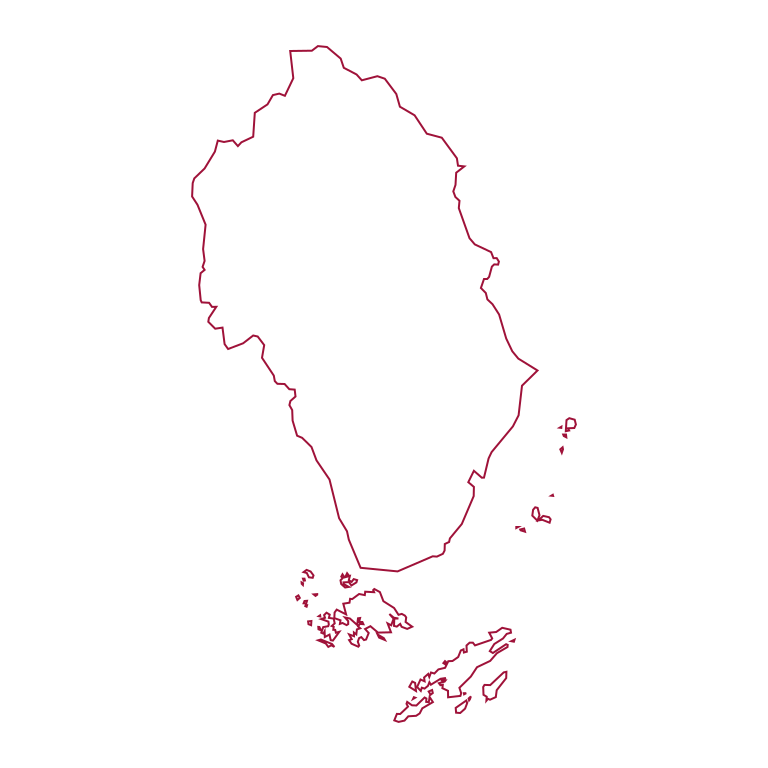 Dam Ha, Quảng Ninh, Vietnam
{"feature_id": "81297802B85934029741785", "entity_name": "Dam Ha", "entity_type": "district", "adm_level": 2, "iso_a3": "VNM", "parent_name": "Vietnam", "parent_adm1": "Quảng Ninh", "projection": "equal_earth", "projection_center": [107.58, 21.361], "detail": "fine", "context": "isolated", "style": "outline", "palette": "rose", "viewbox_px": 768, "rotation_deg": 0, "n_neighbors": 0, "source": "geoboundaries", "source_scale": "gbopen_adm2", "svg_char_len": 6136}
<svg xmlns="http://www.w3.org/2000/svg" viewBox="0 0 768 768"><path d="M194.3,178.4L192.7,183.1L192.1,196.5L197.5,204.8L205.6,224.7L203.1,249.1L204.6,260.9L202.6,266.9L204.6,269.9L200.6,273.2L199.2,285.1L200.7,300.2L201.7,302.4L209.1,302.8L212.0,306.9L216.3,306.8L208.9,318.0L208.3,321.8L215.2,328.7L222.5,327.6L224.6,344.1L228.1,349.0L243.1,343.3L253.2,335.5L257.7,336.5L264.2,345.1L262.0,357.8L273.8,375.6L274.8,381.1L277.4,383.8L284.6,384.0L289.3,389.2L294.7,389.6L295.5,396.5L290.4,401.0L289.4,405.1L292.2,410.1L292.6,420.6L297.1,435.7L302.1,437.8L311.5,447.0L316.5,460.4L329.5,479.5L339.1,518.2L347.0,531.3L348.8,539.6L360.6,567.8L397.6,571.4L432.7,556.3L436.9,556.6L442.9,553.8L444.6,550.5L444.8,544.0L449.1,542.0L449.9,538.4L461.8,524.0L473.7,496.1L473.9,486.9L468.3,482.2L473.9,470.8L481.8,477.7L484.0,477.6L488.6,458.4L491.6,452.1L512.9,426.4L518.6,415.3L522.0,385.7L537.5,370.5L518.3,358.6L512.3,351.3L506.2,338.5L499.1,314.5L492.5,304.2L487.4,299.4L485.8,293.0L480.9,288.0L484.0,279.0L487.2,279.0L489.1,276.9L491.9,266.6L494.2,264.4L498.1,264.6L498.9,261.6L496.7,258.1L493.5,258.2L491.1,252.1L474.8,244.4L469.5,238.2L458.8,208.1L459.5,200.8L455.4,197.0L453.3,191.4L455.5,184.9L456.2,172.7L464.3,166.4L458.0,165.7L456.9,158.3L441.8,137.7L426.8,133.7L414.6,115.3L399.9,106.7L396.3,94.0L384.8,78.7L377.4,76.2L361.8,80.3L356.6,74.5L343.8,67.8L340.7,58.6L327.0,47.0L317.9,46.1L311.9,50.7L290.2,51.0L293.3,78.2L284.9,95.8L279.3,93.6L272.9,95.1L267.5,104.4L254.8,112.8L253.2,136.7L241.4,142.3L237.9,146.1L232.8,140.3L224.0,142.0L217.8,140.6L214.9,151.6L204.6,168.5L194.3,178.4ZM379.9,592.1L374.3,589.0L373.2,590.1L374.1,592.2L365.2,591.7L364.8,595.1L359.1,594.0L352.2,599.1L350.1,598.8L349.5,602.7L343.3,603.7L346.1,614.4L336.7,609.6L334.6,612.5L334.3,618.1L340.5,620.3L339.9,623.9L342.5,623.0L346.6,625.1L348.2,624.1L348.2,621.1L345.0,617.5L349.9,618.5L357.2,625.0L358.0,618.3L360.1,618.0L359.1,622.0L362.4,622.0L363.4,624.2L359.8,623.9L358.1,626.5L360.2,628.3L356.9,629.4L356.3,634.4L353.9,632.5L354.0,636.2L349.1,634.4L351.7,639.2L349.1,640.1L351.5,643.7L358.3,646.7L359.2,645.6L357.8,641.7L359.1,638.1L361.3,637.1L364.0,640.1L366.1,639.5L368.7,633.0L365.1,629.0L370.4,626.2L378.0,632.6L391.0,632.3L387.6,623.4L391.2,625.3L393.6,618.7L389.4,614.0L393.8,617.7L398.4,618.5L394.3,618.6L394.0,625.9L396.8,626.6L400.2,623.9L401.6,626.8L407.2,628.9L412.2,626.7L405.6,622.0L406.2,617.4L404.9,615.6L401.8,613.9L398.5,614.8L394.1,608.0L383.4,601.2L379.9,592.1ZM511.0,632.7L510.5,629.7L502.2,627.8L496.2,632.0L489.2,632.7L492.2,638.4L491.1,639.9L475.0,645.4L472.9,642.7L469.6,642.7L466.5,645.5L466.8,651.7L463.9,652.5L463.5,649.3L460.8,650.5L458.2,657.0L452.5,661.0L448.3,661.2L445.1,667.8L438.4,669.4L434.4,673.5L431.0,672.5L429.3,677.0L428.2,673.9L424.1,677.5L424.6,681.3L420.5,679.5L417.1,687.0L420.8,690.9L421.8,687.7L424.6,688.6L428.0,685.8L429.4,682.2L430.9,684.7L440.5,678.8L445.9,678.0L440.8,680.3L445.6,680.3L444.6,681.6L438.9,683.2L440.4,685.2L442.8,684.8L442.4,688.2L448.0,690.8L448.1,697.3L460.4,695.9L461.2,693.2L459.4,687.8L470.8,676.6L477.0,667.2L490.2,660.9L496.9,653.2L507.5,647.0L507.7,644.9L506.1,644.2L492.9,653.0L489.8,651.1L494.3,644.0L503.0,638.5L506.7,633.9L511.0,632.7ZM432.9,702.1L429.6,697.0L428.8,702.2L426.2,701.9L426.4,698.5L424.6,697.5L416.4,705.5L412.0,705.3L407.2,701.9L406.5,703.8L408.0,706.6L400.2,714.0L396.9,713.9L394.3,720.4L398.6,721.9L404.5,720.6L408.3,716.3L416.1,715.8L419.7,713.4L422.3,708.3L432.9,702.1ZM496.7,690.2L506.2,678.1L506.4,671.8L503.7,672.4L490.2,685.1L484.5,684.9L483.2,687.0L483.5,694.8L486.7,696.7L486.4,700.7L488.0,698.8L490.0,699.7L495.8,697.1L496.7,690.2ZM328.9,617.9L329.7,614.6L326.5,612.7L324.1,615.1L325.0,617.8L321.2,619.1L328.4,621.6L328.8,624.4L328.2,626.2L323.2,627.1L321.3,632.7L323.4,633.6L324.6,631.3L324.8,637.0L329.5,634.6L330.7,640.2L332.9,640.6L339.3,631.8L335.9,632.7L335.2,629.9L333.3,629.8L333.7,626.8L331.8,626.0L334.7,623.4L333.7,618.6L328.9,617.9ZM574.3,428.0L575.9,424.5L574.7,419.7L569.3,418.2L566.5,420.1L565.8,431.2L569.1,430.5L567.8,428.3L574.3,428.0ZM344.5,577.4L342.5,574.3L341.3,576.6L342.7,578.1L340.5,580.3L341.2,584.0L345.1,587.5L348.8,586.9L343.6,584.0L343.5,582.4L348.9,582.1L351.4,585.5L356.4,582.4L357.1,580.1L353.7,579.1L351.6,581.9L348.8,580.2L349.9,575.9L344.5,577.4ZM460.2,713.0L465.1,708.6L467.2,703.0L466.3,700.5L455.7,707.9L456.1,712.7L460.2,713.0ZM537.4,520.7L539.5,515.2L537.6,507.9L535.2,507.3L533.1,509.8L532.3,515.6L537.4,520.7ZM550.6,519.3L549.0,517.2L543.2,515.9L538.4,520.4L542.3,519.8L549.6,522.7L550.6,519.3ZM310.6,571.5L306.6,569.9L303.6,572.1L306.8,573.0L308.9,577.3L312.7,577.8L313.5,575.4L310.6,571.5ZM416.0,691.0L415.1,682.9L412.3,681.5L409.3,686.8L416.0,691.0ZM332.0,644.0L320.9,639.5L318.1,640.3L325.8,643.5L328.3,646.9L331.3,645.3L334.4,646.9L332.0,644.0ZM430.6,694.7L432.8,693.0L432.1,690.0L428.7,691.5L430.6,694.7ZM311.1,625.2L311.4,621.0L308.1,621.4L308.5,624.2L311.1,625.2ZM297.4,600.0L299.8,597.9L298.4,595.4L296.1,596.8L297.4,600.0ZM525.0,531.7L524.1,528.5L520.2,529.5L520.6,530.3L525.0,531.7ZM561.8,452.8L563.0,449.3L562.6,447.3L560.3,449.3L561.8,452.8ZM384.9,640.0L383.8,638.1L377.6,634.5L379.1,637.6L384.9,640.0ZM566.3,437.3L566.0,434.5L563.2,434.5L563.8,436.0L566.3,437.3ZM307.0,600.8L304.5,601.0L303.6,603.3L306.2,603.5L307.0,600.8ZM511.3,641.2L513.9,641.7L514.5,639.7L511.3,641.2ZM444.9,664.1L445.9,661.9L445.0,661.1L443.4,663.1L444.9,664.1ZM320.9,630.2L319.4,627.0L318.3,626.9L318.5,629.3L320.9,630.2ZM315.5,595.9L317.2,594.7L317.2,594.1L313.7,594.4L315.5,595.9ZM469.1,700.4L469.8,699.5L470.9,696.4L468.6,698.5L469.1,700.4ZM345.8,575.9L348.3,574.8L347.1,573.2L345.8,575.9ZM304.9,580.5L304.5,578.7L303.0,578.7L303.7,580.7L304.9,580.5ZM413.1,698.9L415.2,697.7L413.9,697.2L413.1,698.9ZM306.6,606.7L307.1,605.1L305.8,604.9L305.3,606.1L306.6,606.7ZM302.9,585.0L303.1,583.2L301.6,582.4L301.7,583.8L302.9,585.0ZM559.7,427.7L561.3,427.9L561.4,426.7L559.7,427.7ZM464.1,694.3L466.2,693.2L463.9,693.2L464.1,694.3ZM516.3,528.0L518.1,527.0L516.3,527.0L516.3,528.0ZM551.3,495.7L553.1,495.9L552.8,494.8L551.3,495.7ZM318.8,616.2L320.3,616.5L320.1,615.3L318.8,616.2Z" fill="none" stroke="#9f1239" stroke-width="2"/></svg>